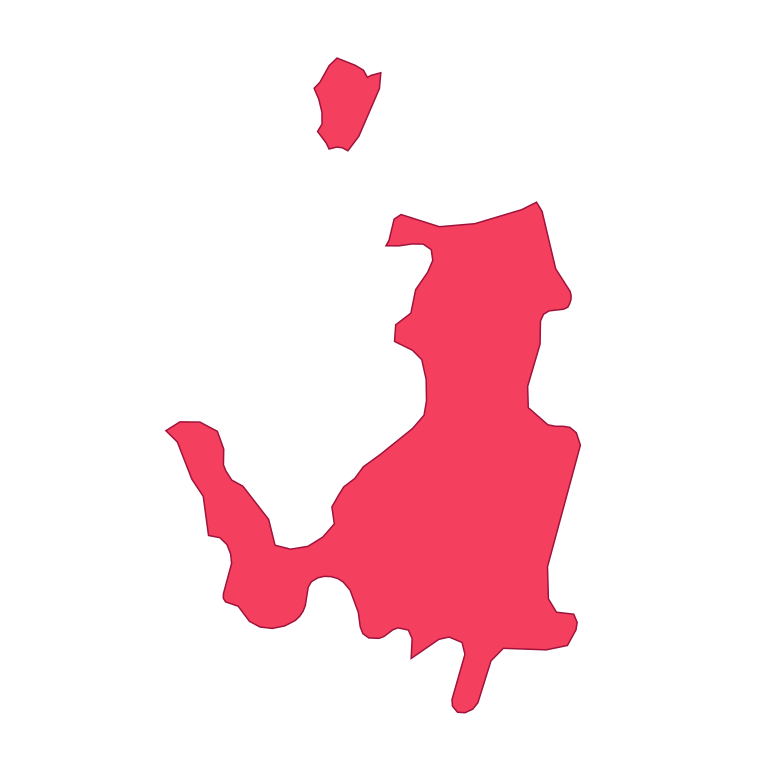 the border of Napoli, rotated 95°
{"feature_id": "ITA-5397", "entity_name": "Napoli", "entity_type": "Province", "adm_level": 1, "iso_a3": "ITA", "parent_name": "Italy", "parent_adm1": "", "projection": "robinson", "projection_center": [14.319, 40.794], "detail": "fine", "context": "isolated", "style": "filled", "palette": "rose", "viewbox_px": 768, "rotation_deg": 95, "n_neighbors": 0, "source": "natural_earth", "source_scale": "10m", "svg_char_len": 1913}
<svg xmlns="http://www.w3.org/2000/svg" viewBox="0 0 768 768"><g transform="rotate(95 384 384)"><path d="M550.2,545.6L511.6,554.3L495.6,567.1L459.8,584.8L449.5,597.2L439.5,584.0L438.0,564.0L445.7,545.9L462.8,538.0L478.5,536.9L484.5,533.9L493.0,527.3L498.1,515.7L529.0,487.1L554.1,478.5L556.7,462.8L552.3,445.5L541.8,431.6L527.7,421.3L511.0,425.2L498.6,419.5L490.0,415.1L480.7,404.9L468.2,397.3L454.4,381.4L425.8,351.6L411.6,341.4L397.2,340.2L375.8,342.4L356.4,348.5L347.9,358.6L340.7,377.2L324.0,377.5L311.1,363.4L287.3,360.7L268.8,350.2L256.6,346.2L246.1,348.6L241.2,357.2L242.1,368.5L245.1,381.2L246.1,394.1L240.4,391.5L218.9,388.3L213.7,381.8L222.5,342.5L216.4,307.6L198.4,262.2L189.6,247.9L198.2,241.6L254.3,223.0L275.6,206.6L279.6,205.3L283.6,205.1L287.6,206.0L291.5,207.6L293.9,211.8L296.8,226.0L300.7,231.2L307.7,233.6L330.7,232.0L373.9,240.7L395.0,238.2L410.3,217.3L411.2,209.4L410.5,202.1L411.0,195.1L415.8,188.2L427.8,183.0L551.8,205.2L583.7,201.5L596.3,192.3L596.8,174.9L604.6,170.8L612.1,171.3L628.5,178.5L634.7,199.2L636.9,242.1L650.5,253.3L693.4,262.7L700.2,267.3L704.4,274.6L704.6,282.1L699.0,287.7L692.6,288.8L646.2,279.8L634.7,283.7L630.4,297.1L633.6,307.1L655.0,333.0L635.1,333.8L627.0,338.3L625.7,348.8L628.1,353.8L635.5,362.0L637.8,366.7L638.3,377.0L634.6,383.2L628.0,386.5L613.7,389.7L592.3,399.8L584.8,407.4L581.8,413.2L580.5,419.8L580.8,426.6L582.8,433.0L587.3,439.1L593.0,441.8L611.7,443.1L617.4,444.8L622.7,447.7L627.4,451.9L633.7,461.9L637.2,473.9L636.9,486.3L632.2,497.3L618.1,509.9L614.9,522.8L611.4,525.4L606.9,525.7L576.1,520.2L566.8,521.9L557.7,526.4L551.4,534.1L550.2,545.6ZM138.2,472.2L130.5,468.4L118.7,469.5L105.9,473.8L95.5,479.4L89.1,474.2L71.7,466.4L63.4,459.2L69.0,440.5L73.2,431.8L79.9,427.3L77.6,423.6L74.2,414.3L90.1,414.3L139.5,430.7L154.8,440.3L152.3,446.2L152.1,451.7L154.7,459.2L149.1,462.5L138.2,472.2Z" fill="#f43f5e" stroke="#9f1239" stroke-width="1.5"/></g></svg>